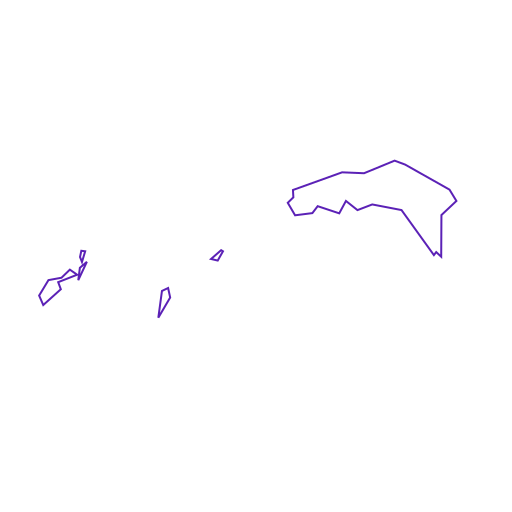 Sulawesi Utara, Natural Earth projection, rotated 222°
{"feature_id": "IDN-513", "entity_name": "Sulawesi Utara", "entity_type": "Province", "adm_level": 1, "iso_a3": "IDN", "parent_name": "Indonesia", "parent_adm1": "", "projection": "natural_earth1", "projection_center": [125.095, 2.916], "detail": "coarse", "context": "isolated", "style": "outline", "palette": "violet", "viewbox_px": 512, "rotation_deg": 222, "n_neighbors": 0, "source": "natural_earth", "source_scale": "10m", "svg_char_len": 767}
<svg xmlns="http://www.w3.org/2000/svg" viewBox="0 0 512 512"><g transform="rotate(222 256 256)"><path d="M117.9,379.4L124.7,379.5L124.4,375.7L178.6,387.5L204.1,372.1L211.3,358.0L226.0,357.1L222.7,343.4L243.5,334.3L242.8,325.6L254.2,312.4L268.0,316.8L267.5,324.6L272.7,329.8L248.0,375.8L231.1,389.8L216.8,419.6L206.4,423.7L156.6,434.8L143.9,431.0L145.6,410.5L117.9,379.4ZM390.7,81.5L394.1,99.2L386.0,109.7L385.2,121.3L376.4,122.4L385.5,104.2L378.8,100.7L381.3,77.2L390.7,81.5ZM302.5,167.1L299.9,173.4L292.0,167.7L287.3,144.8L302.5,167.1ZM287.4,223.7L285.8,237.0L283.7,237.4L281.4,227.0L287.4,223.7ZM371.9,119.1L379.0,129.4L377.8,138.5L371.9,119.1ZM381.3,135.1L386.1,137.5L389.3,143.0L386.1,145.2L381.3,135.1Z" fill="none" stroke="#5b21b6" stroke-width="2"/></g></svg>